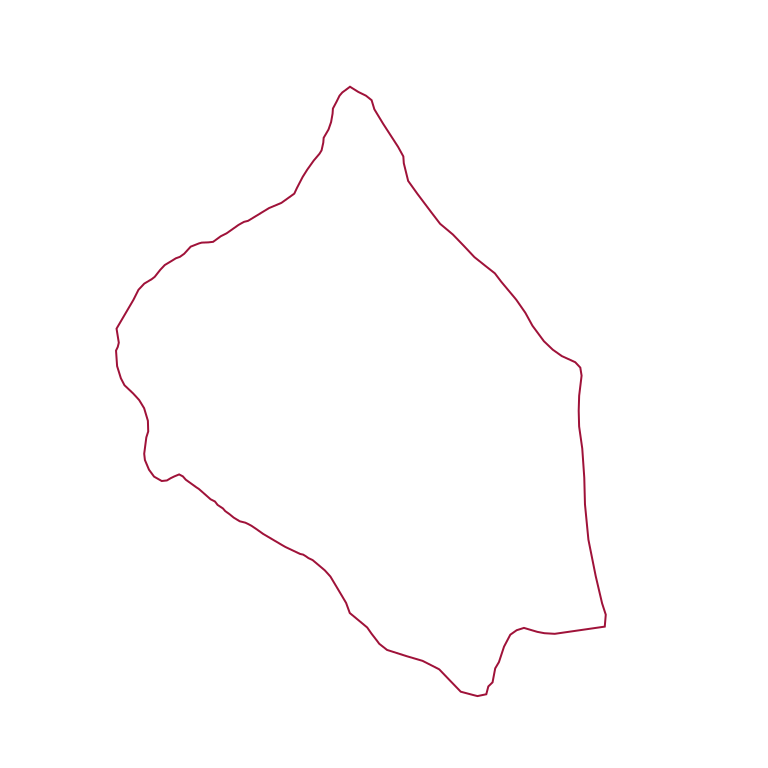 Ramjar, Tashigang, Bhutan, rotated 284°
{"feature_id": "84629894B19422058596981", "entity_name": "Ramjar", "entity_type": "district", "adm_level": 2, "iso_a3": "BTN", "parent_name": "Bhutan", "parent_adm1": "Tashigang", "projection": "mercator", "projection_center": [91.58, 27.409], "detail": "fine", "context": "isolated", "style": "outline", "palette": "rose", "viewbox_px": 768, "rotation_deg": 284, "n_neighbors": 0, "source": "geoboundaries", "source_scale": "gbopen_adm2", "svg_char_len": 2074}
<svg xmlns="http://www.w3.org/2000/svg" viewBox="0 0 768 768"><g transform="rotate(284 384 384)"><path d="M659.4,296.7L661.2,288.3L664.2,279.1L656.8,273.0L653.0,271.1L646.6,269.7L638.9,267.8L633.9,268.7L625.4,269.3L617.5,268.6L608.3,265.9L603.5,266.7L595.6,266.9L591.8,265.7L583.9,261.8L573.5,257.7L565.3,255.0L553.1,252.1L547.0,250.9L534.9,240.6L526.9,229.9L509.4,212.6L507.5,209.0L505.5,206.8L503.0,204.2L492.1,194.8L487.9,189.9L480.6,183.8L478.9,179.2L477.1,173.0L475.7,170.5L470.5,163.2L462.0,158.6L458.0,155.2L455.6,151.6L452.2,148.3L446.4,142.5L440.7,139.3L432.5,135.6L429.7,133.4L423.4,127.1L416.1,123.0L405.0,120.5L373.0,111.1L359.9,116.7L355.5,116.7L351.6,115.9L336.8,120.7L325.9,127.3L320.0,132.5L314.3,142.6L311.9,146.3L309.2,150.3L302.5,157.1L291.2,163.8L285.9,165.3L280.9,166.7L274.7,166.3L258.3,168.2L252.4,170.4L244.0,176.7L238.5,183.3L236.1,191.8L237.9,196.7L241.0,199.8L243.6,202.9L246.7,207.1L245.7,211.2L243.2,214.8L238.4,226.8L237.4,229.7L230.2,243.6L229.1,248.4L226.4,251.8L224.3,257.8L222.2,260.8L220.4,265.4L218.0,270.5L215.9,277.2L215.9,283.0L215.3,286.0L214.4,289.6L212.3,295.4L209.3,303.0L203.1,323.9L202.0,327.8L201.4,330.8L198.8,343.7L198.9,346.8L198.0,349.7L196.8,352.8L195.9,357.3L188.9,371.6L184.2,378.6L170.3,392.4L162.4,400.2L153.5,406.2L143.7,426.6L138.8,432.2L132.8,439.8L130.8,442.2L126.7,451.3L125.4,471.6L124.7,488.4L120.5,506.6L112.2,519.8L104.0,532.9L103.8,546.1L103.8,550.2L107.7,558.3L115.8,558.4L120.8,561.5L135.0,560.7L142.0,562.8L158.2,564.0L171.3,567.2L177.2,572.3L181.2,578.8L180.6,592.7L181.0,599.9L182.9,610.1L202.0,656.9L213.8,655.0L223.9,648.7L248.8,635.9L282.4,620.0L315.9,608.1L341.5,601.0L369.3,592.0L390.0,583.6L405.1,579.4L419.8,576.2L439.9,573.7L447.4,570.5L449.4,567.4L451.4,564.3L454.1,549.8L458.1,539.5L464.2,528.8L476.5,513.9L487.2,504.0L497.8,491.9L511.6,473.0L518.2,464.8L523.0,454.1L529.0,441.0L537.5,427.8L545.7,414.7L553.0,399.7L562.0,388.4L576.6,370.4L586.9,358.3L603.0,349.8L609.5,347.7L617.5,340.3L636.2,320.3L648.2,308.2L656.4,303.3L659.4,296.7Z" fill="none" stroke="#9f1239" stroke-width="2"/></g></svg>